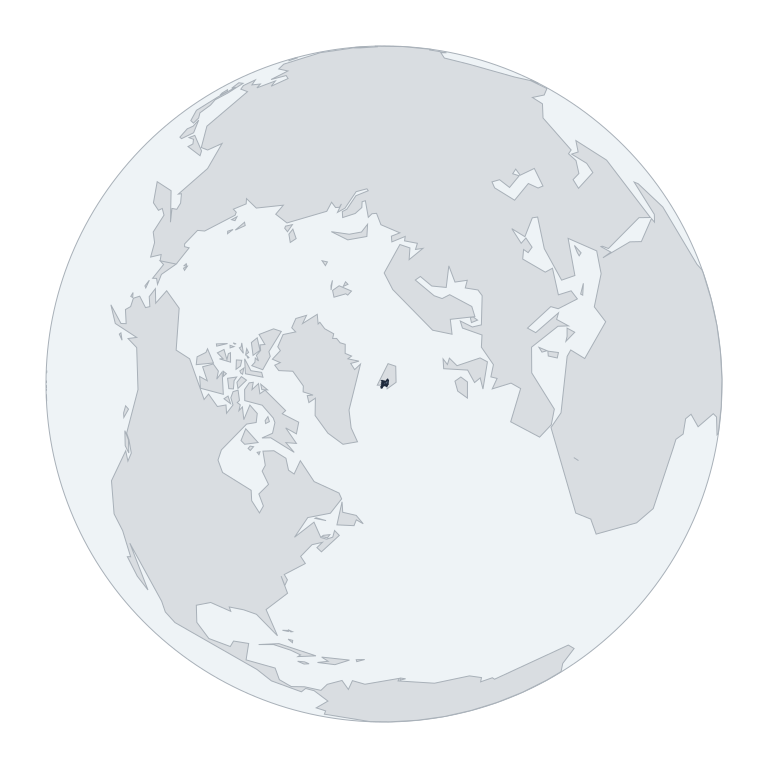 Vesturland on an orthographic globe, rotated 311°
{"feature_id": "ISL-710", "entity_name": "Vesturland", "entity_type": "Region", "adm_level": 1, "iso_a3": "ISL", "parent_name": "Iceland", "parent_adm1": "", "projection": "orthographic", "projection_center": [-22.162, 64.9], "detail": "fine", "context": "on_globe", "style": "filled", "palette": "slate", "viewbox_px": 768, "rotation_deg": 311, "n_neighbors": 0, "source": "natural_earth", "source_scale": "10m", "svg_char_len": 13129}
<svg xmlns="http://www.w3.org/2000/svg" viewBox="0 0 768 768"><g transform="rotate(311 384 384)"><circle cx="384" cy="384" r="338" fill="#eef3f6" stroke="#a8b0b8"/><path d="M133.0,610.2L120.0,594.9L95.7,555.6L99.0,554.4L95.1,545.3L107.9,549.7L106.7,532.5L102.8,524.6L97.5,523.6L86.1,493.8L85.2,475.3L66.8,382.8L68.5,368.5L74.2,358.7L97.1,296.6L73.7,341.0L77.1,323.9L85.3,303.6L87.4,306.1L101.9,282.9L108.9,265.5L132.2,241.8L164.1,232.9L157.8,241.3L166.1,238.6L174.6,228.1L178.1,222.0L218.4,202.0L249.2,173.5L250.4,161.0L256.9,166.8L253.4,141.5L264.6,125.9L257.1,145.8L260.4,149.8L270.6,140.0L276.2,142.0L284.3,138.6L290.0,142.0L285.2,153.9L288.8,156.5L295.9,149.5L306.0,148.9L295.2,158.7L311.8,158.8L306.8,179.7L273.2,204.9L275.5,220.8L254.3,258.4L261.3,258.2L257.7,273.0L264.5,278.5L258.6,284.4L269.1,283.8L273.2,277.4L279.2,275.1L283.6,277.9L276.8,285.7L273.7,285.4L274.0,289.2L268.7,292.0L273.8,292.2L265.1,301.6L280.1,296.6L278.6,307.7L271.1,312.8L263.6,306.6L227.6,304.5L217.7,308.6L211.3,320.2L216.6,353.5L209.1,360.7L205.0,374.6L212.8,373.0L218.9,361.7L232.5,362.7L238.3,349.2L244.7,347.8L253.9,336.7L261.4,344.7L263.6,358.7L256.3,368.5L257.1,375.2L271.2,371.2L264.5,395.3L272.2,421.6L269.5,427.4L251.3,428.3L233.2,414.1L209.6,417.0L233.8,421.8L226.7,437.0L229.2,442.5L234.8,445.8L241.0,442.8L240.4,449.6L216.3,446.9L216.5,440.7L224.1,441.4L215.5,435.1L199.2,434.2L196.9,442.4L174.8,433.7L172.8,439.6L166.9,441.3L171.5,432.4L162.8,448.5L136.4,443.0L124.1,468.8L126.5,438.8L121.5,426.2L114.2,413.5L111.9,417.5L105.4,396.5L93.9,387.5L81.3,399.1L77.0,418.8L85.0,440.2L91.3,439.1L99.4,452.1L85.3,460.9L98.2,488.2L92.2,499.0L94.8,512.5L103.3,522.6L111.4,537.4L120.1,538.2L132.7,546.8L130.1,557.5L139.4,554.8L144.9,566.6L171.8,588.6L169.1,589.4L191.3,618.4L219.8,640.0L226.4,650.2L222.6,652.3L233.4,658.5L233.7,661.1L280.7,682.2L307.9,694.4L309.1,701.0L290.4,702.2L283.1,706.3L267.3,701.1L242.1,690.7L217.8,678.2L194.6,663.8L172.6,647.7L152.1,629.8L133.0,610.2ZM152.2,138.2L154.8,136.0L149.7,140.7L152.2,138.2ZM158.8,132.6L157.4,133.7L159.1,132.3L158.8,132.6ZM161.6,130.1L159.6,131.9L161.7,130.0L161.6,130.1ZM165.2,127.0L163.3,128.6L165.2,127.0ZM119.1,475.0L134.2,511.0L121.8,497.9L124.8,498.8L121.8,488.0L114.9,471.6L105.1,460.3L119.1,475.0ZM171.4,121.9L173.0,120.6L171.5,121.9L171.4,121.9ZM134.5,474.2L131.5,468.9L135.0,473.2L134.5,474.2ZM178.8,219.0L174.2,227.8L164.5,236.7L167.7,229.1L178.8,219.0ZM198.0,203.3L197.4,207.7L188.1,209.6L191.3,206.5L198.0,203.3ZM250.0,151.9L245.2,157.6L248.0,151.5L250.0,151.9ZM284.4,137.6L284.0,135.4L288.4,134.6L284.4,137.6ZM249.2,333.1L251.5,334.9L248.6,336.0L249.2,333.1ZM251.1,326.7L246.1,326.7L246.2,323.7L249.3,323.7L251.1,326.7ZM301.2,139.2L308.4,138.8L300.2,141.2L301.2,139.2ZM257.2,327.4L247.1,318.4L247.5,313.2L259.5,309.0L257.2,327.4ZM312.0,140.0L329.5,139.3L330.1,134.2L338.2,148.5L320.7,144.1L310.6,147.7L314.5,143.1L312.0,140.0ZM272.6,274.2L268.5,281.1L267.9,272.9L272.6,274.2ZM270.8,269.5L260.4,248.3L268.7,239.9L270.5,248.5L278.0,235.8L287.1,242.0L285.1,250.5L277.9,254.6L286.9,253.9L270.8,269.5ZM339.9,156.7L343.5,158.4L338.9,158.9L339.9,156.7ZM281.5,273.6L278.7,269.9L285.7,262.2L292.6,268.2L288.1,268.7L281.5,273.6ZM275.4,229.6L281.9,225.1L291.0,228.9L294.8,227.7L288.0,241.5L275.4,229.6ZM288.8,271.9L296.0,271.5L296.7,277.7L284.8,276.7L288.8,271.9ZM284.5,257.8L288.2,254.5L288.4,258.3L284.5,257.8ZM303.2,300.0L299.6,295.5L303.0,291.1L303.2,300.0ZM298.6,270.9L298.3,268.8L299.3,266.6L304.0,267.7L298.6,270.9ZM295.0,243.3L297.5,245.9L298.2,237.8L305.1,240.6L299.4,249.4L304.7,246.7L306.9,247.6L299.8,253.9L295.0,243.3ZM311.6,262.3L306.7,274.8L312.5,284.0L309.7,288.2L300.8,272.7L311.6,262.3ZM305.3,256.8L308.6,261.1L303.4,263.9L298.0,262.7L305.3,256.8ZM311.9,239.4L302.8,232.9L304.3,231.2L311.9,239.4ZM314.3,264.4L315.5,261.3L315.4,264.7L314.3,264.4ZM313.8,246.3L310.3,244.2L312.2,242.4L313.8,246.3ZM320.6,257.2L319.0,261.1L315.3,260.4L320.6,257.2ZM318.3,251.8L321.7,249.7L314.9,257.7L316.4,251.1L318.3,251.8ZM316.1,245.0L316.1,243.2L317.3,246.1L316.1,245.0ZM335.7,258.0L328.0,268.3L319.7,266.4L328.3,256.7L335.7,258.0ZM667.7,200.3L665.8,198.9L675.0,213.9L671.3,209.6L669.6,215.7L681.0,238.1L701.3,281.1L709.1,295.5L713.9,313.1L707.2,315.3L697.6,308.0L699.4,319.8L689.1,329.5L683.4,371.7L678.8,372.2L678.6,382.3L670.7,393.0L662.3,392.6L659.3,402.4L680.6,402.9L683.5,392.2L680.6,374.8L686.5,378.3L693.6,369.1L699.0,405.1L684.4,475.8L676.8,467.3L633.5,464.5L631.3,458.5L630.9,458.1L630.0,457.6L632.4,468.7L622.9,466.4L652.6,476.3L660.3,484.8L684.3,477.3L683.6,482.0L689.4,476.7L700.5,440.3L701.9,444.4L700.5,478.3L679.6,541.8L678.8,548.9L677.1,552.2L662.7,575.1L646.5,596.9L628.6,617.2L609.1,636.1L588.2,653.3L565.9,668.8L564.1,668.7L577.3,656.6L577.6,652.0L557.8,649.1L562.6,635.6L555.7,634.4L542.5,642.6L533.8,640.6L525.2,644.4L466.6,668.9L444.9,665.7L409.9,642.6L417.7,628.7L412.4,613.4L460.7,538.6L478.4,536.5L525.0,504.1L532.2,502.6L534.9,518.8L576.4,510.5L580.2,492.1L609.7,475.5L624.0,457.2L614.7,427.4L591.1,456.9L578.9,449.9L591.3,416.2L610.8,390.4L606.7,386.9L587.6,393.7L585.1,378.5L580.2,395.2L587.3,395.3L584.4,406.0L577.7,406.6L577.1,401.1L569.3,406.7L574.2,432.3L581.9,435.2L565.7,457.1L577.1,464.1L575.1,474.1L555.1,466.1L551.8,459.1L520.3,455.6L522.3,464.8L552.2,469.0L546.0,471.9L548.9,485.1L541.7,477.4L508.6,471.2L489.3,488.2L476.8,529.0L463.0,537.0L446.0,536.3L438.6,504.4L470.2,490.1L468.0,479.3L451.3,468.9L462.4,465.7L459.5,460.0L470.4,453.9L475.7,433.3L485.3,425.8L477.7,406.5L481.6,400.2L485.0,413.3L492.5,418.7L515.1,400.1L516.6,393.2L509.8,382.3L516.9,378.8L507.5,370.7L515.7,355.4L497.7,367.6L489.3,355.8L489.0,340.9L483.0,339.4L483.5,363.9L486.6,371.8L494.5,375.0L500.1,399.4L494.5,408.4L476.3,391.6L466.2,402.7L456.5,385.4L461.0,328.7L467.9,311.3L499.7,304.5L503.7,314.3L494.3,321.4L511.9,324.4L506.2,319.5L512.1,316.9L505.5,305.6L509.3,303.2L496.4,296.7L500.4,292.6L508.5,296.8L502.2,277.2L507.9,266.4L504.6,263.2L499.5,262.8L510.1,249.7L507.2,247.9L502.6,251.5L493.8,250.4L482.5,243.6L486.8,239.4L491.5,241.3L507.7,239.3L519.5,245.3L520.1,243.0L510.9,236.8L491.1,239.2L483.0,236.3L492.0,233.7L488.1,234.4L485.4,231.7L486.8,225.2L476.8,227.5L441.9,205.1L441.1,190.9L452.9,190.7L433.0,172.2L433.7,158.6L429.5,161.8L417.1,155.6L416.7,159.8L413.7,160.9L381.8,148.3L377.6,142.5L359.0,141.6L356.8,143.4L358.9,147.6L338.2,148.5L330.1,134.2L335.5,130.9L326.7,124.6L340.2,118.1L347.3,110.1L367.1,107.2L371.0,101.5L367.1,99.8L369.5,91.1L387.9,80.1L390.2,96.5L366.0,116.7L377.4,108.8L379.9,113.0L387.1,111.8L394.7,106.3L392.4,104.2L430.9,109.5L459.3,104.0L444.9,97.4L442.6,91.0L462.4,81.2L515.1,89.2L512.6,82.5L517.0,82.1L529.1,87.4L523.1,88.1L529.3,93.9L524.1,93.8L541.5,103.2L534.7,103.5L551.6,111.2L552.6,107.8L539.7,99.0L557.2,106.1L552.7,97.9L559.6,98.5L592.3,118.6L614.3,137.6L617.2,139.9L622.1,145.6L634.5,158.1L632.9,155.4L651.2,177.1L667.7,200.3ZM453.0,575.5L453.8,581.0L453.0,575.5ZM637.7,374.1L645.3,356.0L630.9,349.8L632.6,342.4L627.1,343.2L629.8,349.4L614.7,349.8L614.0,337.2L607.4,332.9L604.6,338.8L608.4,362.0L630.0,361.4L633.0,371.7L637.7,374.1ZM172.8,589.2L175.7,593.7L171.1,590.4L172.8,589.2ZM118.1,500.7L122.2,506.4L123.7,511.0L120.2,507.4L118.1,500.7ZM157.7,543.9L163.4,550.2L156.6,545.6L157.7,543.9ZM137.0,516.1L153.0,539.1L140.0,531.1L130.2,516.5L138.1,523.8L137.0,516.1ZM128.5,479.0L130.6,483.3L128.7,484.6L128.5,479.0ZM137.0,477.4L135.8,476.3L135.6,472.7L137.0,477.4ZM228.1,437.1L230.0,437.5L234.8,442.0L230.8,442.2L228.1,437.1ZM266.6,449.2L264.9,460.0L263.3,452.2L257.4,454.3L246.8,440.9L267.6,429.6L260.1,437.0L266.6,449.2ZM238.5,420.5L242.9,429.9L237.3,420.1L238.5,420.5ZM432.7,435.7L439.7,437.4L440.3,445.6L428.1,456.2L427.0,444.3L432.7,435.7ZM449.4,438.0L434.7,419.0L441.7,412.1L440.3,419.1L446.4,416.4L445.7,427.1L466.7,439.4L468.6,447.5L445.1,462.0L451.7,452.6L444.5,451.4L449.4,438.0ZM385.0,386.9L378.7,379.7L402.0,373.7L405.1,381.2L393.2,392.0L382.4,389.5L385.0,386.9ZM280.4,322.2L276.5,320.6L278.4,318.3L283.2,317.8L280.4,322.2ZM301.3,298.3L299.4,327.2L294.8,326.7L299.2,344.7L288.9,350.6L286.4,338.6L281.7,356.9L275.4,348.4L273.5,361.1L269.1,333.8L263.2,327.3L273.7,332.2L283.3,327.0L285.7,322.7L288.1,306.0L280.1,289.8L288.4,282.4L296.4,281.5L299.5,284.2L293.1,288.1L302.0,289.0L295.2,296.7L301.3,298.3ZM385.0,280.5L376.2,282.9L392.8,287.9L386.1,294.9L388.5,295.1L386.8,303.0L388.9,313.1L384.7,315.3L387.3,318.3L386.3,323.8L388.5,328.7L381.6,334.6L383.8,341.2L379.3,340.2L384.8,350.1L377.7,345.4L375.6,352.4L383.6,353.2L341.4,374.7L329.3,388.0L323.0,401.9L311.6,392.6L310.1,373.9L315.0,352.7L328.3,341.5L320.7,339.5L324.9,333.7L329.1,337.7L325.0,328.1L329.6,324.4L333.8,306.8L325.1,295.8L326.5,289.2L332.1,291.7L329.5,283.5L341.2,283.9L342.4,279.4L355.1,275.4L365.4,283.2L365.9,277.5L375.6,274.5L385.0,280.5ZM339.4,257.2L353.2,264.5L356.3,272.0L332.9,275.9L330.2,280.0L315.2,283.1L311.1,272.2L315.7,272.3L319.2,269.8L319.1,274.2L321.9,268.9L328.4,268.9L332.2,264.8L335.7,268.2L339.4,257.2ZM535.5,493.3L540.1,490.9L546.3,485.5L548.2,494.0L535.5,493.3ZM512.9,489.6L516.3,486.1L522.2,495.0L517.3,497.7L512.9,489.6ZM513.3,476.9L516.1,485.2L511.7,482.3L513.3,476.9ZM487.7,409.7L490.8,405.6L493.1,407.5L493.6,412.7L487.7,409.7ZM432.8,298.5L427.3,298.3L427.0,296.0L416.7,289.3L420.9,283.8L428.7,285.7L432.8,298.5ZM613.5,436.8L612.3,446.7L608.8,447.2L610.0,443.7L613.5,436.8ZM580.9,473.4L590.8,468.4L581.4,475.7L580.9,473.4ZM435.6,291.4L430.9,289.2L435.9,287.9L435.6,291.4ZM423.4,279.5L428.4,277.1L420.2,282.4L423.4,279.5ZM709.3,295.3L710.1,295.3L712.1,303.2L709.3,295.3ZM620.0,142.2L626.5,148.8L625.4,147.9L616.3,139.0L620.0,142.2ZM565.1,99.9L570.0,102.2L573.0,104.0L573.6,104.9L565.1,99.9ZM464.4,244.3L474.2,259.5L483.9,267.3L493.8,266.8L484.1,274.3L469.0,262.1L464.4,244.3ZM444.2,210.3L435.6,211.3L436.4,206.9L438.5,206.1L444.2,210.3ZM441.1,213.6L436.1,222.3L429.3,220.4L434.7,213.9L441.1,213.6ZM436.4,256.4L439.0,261.2L434.9,262.1L436.4,256.4ZM503.4,72.8L501.9,73.8L494.2,70.8L497.4,70.9L503.4,72.8ZM467.5,62.9L491.6,70.3L510.7,77.4L507.3,75.0L516.1,76.8L518.5,80.4L501.3,75.3L487.7,70.1L480.8,70.1L467.9,67.2L463.1,69.6L455.9,69.0L456.0,65.4L467.5,62.9ZM461.6,71.0L448.7,75.5L436.3,70.2L436.4,68.0L447.5,68.1L453.4,70.8L461.6,71.0ZM442.0,75.2L447.5,78.1L440.2,93.4L435.6,95.4L434.6,80.3L439.8,82.3L443.7,79.7L442.0,75.2ZM345.0,155.8L343.6,158.2L342.1,155.5L345.0,155.8ZM413.8,163.3L409.5,164.4L408.0,161.1L413.8,163.3ZM396.8,165.8L401.6,168.7L394.8,167.3L396.8,165.8ZM412.5,175.3L402.6,170.8L414.6,172.6L412.5,175.3Z" fill="#d9dde1" stroke="#a8b0b8" stroke-width="1"/><path d="M385.9,387.1L385.7,387.1L385.8,387.0L385.8,386.9L385.4,386.9L385.1,387.0L384.9,387.2L384.9,387.3L384.6,387.4L384.6,387.5L384.4,387.5L384.2,387.4L384.3,387.3L384.4,387.2L384.5,387.1L384.8,387.0L384.5,387.0L384.4,387.0L384.3,386.9L384.3,386.7L384.5,386.4L384.8,386.1L385.0,386.1L384.9,386.0L384.9,385.9L385.0,385.8L385.2,385.7L385.3,385.7L385.3,385.8L385.5,385.9L385.4,385.8L385.4,385.7L385.5,385.7L385.2,385.7L385.4,385.5L385.6,385.5L385.4,385.4L385.2,385.6L385.3,385.4L385.1,385.5L384.9,385.8L384.8,386.0L384.7,386.0L384.4,386.2L384.4,385.9L384.3,386.0L384.2,386.4L384.2,386.5L383.9,386.5L383.9,386.4L383.8,386.2L383.8,385.9L383.7,386.0L383.5,385.9L383.5,385.7L383.4,385.5L383.3,385.4L383.4,385.5L383.5,385.5L383.5,385.4L383.6,385.2L383.9,385.1L383.9,384.9L383.8,385.1L383.7,385.1L383.5,385.3L383.4,385.3L383.4,385.2L383.5,385.1L383.5,384.9L383.3,384.8L383.3,384.7L383.2,384.5L382.9,384.7L383.0,384.7L382.8,384.8L382.7,384.7L382.8,384.7L382.7,384.6L382.4,384.6L382.1,384.6L381.8,384.6L381.4,384.5L381.3,384.4L381.1,384.4L380.9,384.4L380.8,384.5L380.7,384.6L380.5,384.4L380.4,384.5L380.3,384.8L380.2,384.9L379.8,385.0L379.6,384.9L379.5,384.7L379.4,384.4L379.3,384.2L379.3,383.9L379.3,384.0L379.5,383.9L379.8,383.8L380.0,383.9L380.3,384.0L380.3,383.9L380.5,383.9L380.6,383.7L381.0,383.7L380.9,383.6L381.0,383.6L381.2,383.8L381.3,383.8L381.3,383.7L381.3,383.4L381.5,383.3L381.6,383.5L381.6,383.9L381.6,383.7L381.8,383.5L381.8,383.4L382.0,383.4L382.1,383.5L382.1,383.4L382.3,383.3L382.4,383.2L382.2,383.2L382.3,383.2L382.5,383.0L382.7,383.3L382.8,383.4L382.9,383.5L383.0,383.5L382.9,383.5L382.9,383.4L382.9,383.2L383.0,383.2L383.3,383.1L383.5,383.1L383.8,383.1L384.0,383.2L384.3,383.2L384.5,383.2L384.8,383.2L384.8,382.9L385.0,382.8L385.1,382.5L385.1,382.3L385.0,382.2L384.9,382.2L384.8,382.3L384.4,382.7L383.6,382.6L383.4,382.4L383.4,382.5L383.1,382.5L383.0,382.4L383.3,382.4L383.2,382.3L383.1,382.2L383.3,382.0L383.3,381.9L383.5,381.8L383.6,381.7L383.9,381.5L384.1,381.4L384.2,381.2L384.4,381.2L384.5,381.1L384.7,380.9L385.0,380.8L385.1,380.7L385.3,380.5L385.3,380.4L385.4,380.5L385.4,380.9L385.3,381.0L385.2,381.1L385.3,381.2L385.3,381.3L385.5,381.2L385.7,381.3L385.9,381.7L385.9,381.8L386.0,381.8L386.2,382.0L386.3,382.3L386.2,382.6L386.2,382.8L386.2,383.0L386.3,383.1L386.4,383.3L386.6,383.5L386.8,383.5L387.0,383.6L387.2,383.8L387.4,383.8L387.5,383.8L388.4,383.6L388.5,383.7L389.9,383.7L389.9,383.8L389.6,384.2L389.5,384.5L389.5,384.9L389.4,385.0L388.7,385.4L387.9,386.0L387.5,386.1L387.4,386.2L387.1,386.5L386.8,386.9L386.6,387.1L386.4,386.9L386.3,387.0L386.0,387.0L385.9,387.1Z" fill="#64748b" stroke="#1e293b" stroke-width="1.5"/></g></svg>